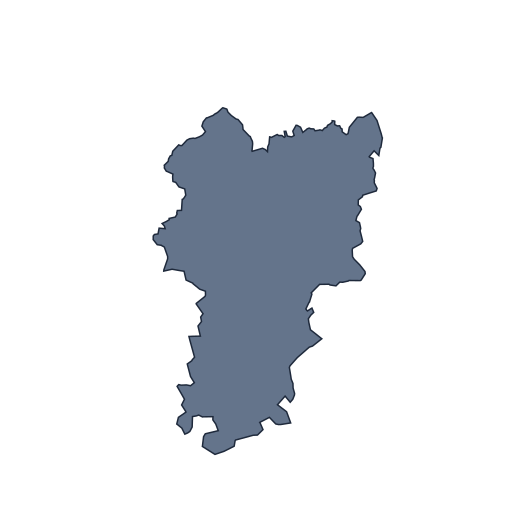 Zangon Kataf, Kaduna, Nigeria (Mercator projection), rotated 218°
{"feature_id": "59680162B76884691739548", "entity_name": "Zangon Kataf", "entity_type": "district", "adm_level": 2, "iso_a3": "NGA", "parent_name": "Nigeria", "parent_adm1": "Kaduna", "projection": "mercator", "projection_center": [8.252, 9.897], "detail": "fine", "context": "isolated", "style": "filled", "palette": "slate", "viewbox_px": 512, "rotation_deg": 218, "n_neighbors": 0, "source": "geoboundaries", "source_scale": "gbopen_adm2", "svg_char_len": 4378}
<svg xmlns="http://www.w3.org/2000/svg" viewBox="0 0 512 512"><g transform="rotate(218 256 256)"><path d="M292.5,389.7L293.1,389.2L294.0,387.6L294.2,386.2L294.3,385.8L295.2,382.2L300.2,384.9L303.9,384.3L304.9,383.7L303.9,377.2L303.7,376.9L300.1,374.5L300.9,372.5L301.4,371.7L305.1,369.8L309.3,372.7L310.5,371.6L306.5,368.0L306.8,366.9L309.8,366.9L312.3,364.9L314.1,364.8L316.9,358.9L318.3,358.5L318.6,358.3L314.8,352.4L313.9,349.1L311.2,345.3L314.3,345.6L317.2,344.9L323.5,336.1L324.1,336.5L324.2,336.8L324.4,337.2L327.4,341.9L328.1,342.8L329.5,344.2L332.6,345.7L334.0,346.6L335.2,346.4L344.1,347.7L345.0,348.7L347.4,351.1L354.2,352.5L356.0,351.7L361.9,351.5L366.6,352.1L367.4,352.5L368.5,353.3L369.1,353.6L369.5,353.8L370.1,353.6L373.4,352.4L373.7,351.4L374.5,346.1L375.2,343.7L375.6,343.4L376.1,341.7L376.2,340.7L379.6,334.7L380.1,334.3L380.2,329.3L378.6,325.0L372.4,322.9L372.6,318.4L373.9,315.3L376.4,311.1L377.9,310.3L380.5,307.6L381.8,304.8L382.4,297.4L383.7,296.4L385.3,296.0L386.1,287.5L386.1,287.3L384.3,283.5L385.2,282.1L384.7,278.8L383.4,276.4L383.5,276.2L384.0,272.3L384.2,271.0L383.5,270.5L382.4,268.9L378.9,267.6L377.7,268.0L371.9,269.4L370.4,267.0L367.5,263.7L367.4,263.7L367.2,263.6L364.6,264.6L359.2,263.0L353.5,265.0L348.8,260.7L348.5,258.1L348.5,256.8L348.5,256.3L348.6,255.8L349.0,255.2L342.8,246.1L346.0,243.4L344.9,241.0L344.0,240.6L343.6,237.0L347.6,232.1L346.7,231.3L347.9,228.0L350.0,223.8L346.6,223.2L344.4,221.6L349.5,218.3L346.8,213.1L349.3,210.4L349.3,208.5L347.2,205.8L347.1,205.6L346.5,205.5L340.8,204.1L337.1,206.2L336.8,206.1L334.0,206.6L333.4,206.4L325.3,201.2L323.9,199.4L323.6,198.6L320.1,188.4L319.4,187.3L314.0,193.9L307.6,197.3L303.3,199.7L296.3,194.0L289.1,195.7L288.6,195.4L279.9,195.2L274.2,197.1L271.7,194.1L271.3,192.8L273.9,181.8L273.6,181.4L262.2,177.9L262.0,173.8L258.6,170.8L258.6,165.1L250.5,158.6L256.5,153.7L259.3,151.3L256.5,149.1L253.0,146.5L242.1,138.4L242.2,136.8L242.4,135.1L242.1,134.0L243.7,128.6L233.4,120.7L226.6,118.2L227.7,113.5L231.4,111.6L234.1,109.3L235.5,108.1L237.7,107.1L237.8,106.1L237.9,104.7L229.5,101.3L224.2,99.1L222.9,92.8L215.6,90.2L215.1,89.8L217.8,81.1L216.2,77.5L215.0,74.8L213.5,74.8L208.5,74.7L202.4,71.8L200.9,74.5L200.1,77.0L201.0,81.9L207.2,90.4L204.7,93.1L203.2,95.4L199.1,96.2L198.8,96.6L191.0,102.9L189.1,100.3L184.2,98.8L178.2,95.1L186.5,84.7L186.1,81.4L181.1,73.1L181.0,72.9L166.2,74.4L160.9,82.5L156.1,92.7L158.8,97.7L158.8,98.4L147.8,113.1L144.6,115.8L143.6,123.5L150.0,127.0L150.6,127.2L146.1,137.1L137.0,135.8L134.4,137.1L132.8,138.4L125.9,145.8L136.0,152.1L147.5,152.0L147.0,160.6L146.8,163.5L142.6,162.6L139.0,161.8L138.8,165.7L140.1,170.1L140.9,171.4L145.5,174.8L148.4,178.3L152.4,180.6L154.9,183.0L161.1,188.7L161.6,190.3L160.9,201.4L157.9,217.0L156.0,219.8L153.2,231.3L167.7,231.4L173.5,236.2L176.1,238.8L176.4,243.1L175.8,247.1L179.9,249.4L181.6,244.4L182.4,244.4L184.1,245.0L185.7,252.2L185.5,252.6L188.5,260.4L189.8,260.9L188.4,272.8L181.1,278.7L179.9,278.7L174.6,281.7L173.9,287.0L171.5,288.7L167.8,293.2L167.7,293.9L158.7,300.8L158.3,301.7L159.0,309.3L160.6,310.9L168.1,312.7L168.3,312.8L176.6,313.9L179.3,314.8L179.5,314.9L183.9,320.0L184.6,321.5L180.9,330.1L180.9,333.2L185.3,336.7L189.5,339.9L190.4,342.1L191.8,343.4L192.2,343.7L195.0,346.0L199.1,345.4L200.9,349.5L200.8,350.2L201.7,357.7L204.2,359.2L206.9,359.2L209.9,363.2L208.6,368.2L209.3,369.6L206.0,374.5L201.3,381.3L202.2,383.8L204.7,385.0L206.8,386.0L207.7,386.4L208.3,387.0L209.0,388.2L209.9,388.8L210.7,390.7L212.9,395.0L216.0,396.5L217.6,396.9L218.2,397.6L218.6,398.9L220.6,401.4L223.8,404.8L227.4,403.7L228.0,404.0L227.7,411.6L221.1,410.8L224.7,417.3L224.5,418.5L229.1,426.9L229.5,427.0L230.0,427.4L232.7,429.5L236.8,432.3L244.1,437.3L253.1,440.2L253.3,440.2L256.7,431.7L256.9,431.2L260.2,428.9L261.5,427.7L261.7,414.9L258.8,409.1L259.4,407.7L259.7,407.1L264.5,406.9L266.4,409.1L268.0,408.9L270.2,410.1L270.3,410.1L271.9,408.6L274.9,408.0L276.9,410.7L277.9,410.4L278.6,409.8L279.3,409.5L279.2,409.3L279.1,409.2L278.9,409.1L278.6,408.9L278.5,408.6L278.6,407.5L278.7,406.9L278.8,406.6L278.8,406.3L278.9,405.8L279.1,405.3L279.2,405.1L279.5,404.3L279.6,404.2L279.7,403.8L279.8,403.6L280.0,403.3L280.0,402.8L279.6,401.4L279.5,401.1L280.4,399.7L280.8,398.7L281.0,395.6L282.1,395.3L283.4,394.7L283.6,394.2L286.6,391.0L288.7,391.7L291.3,389.9L292.5,389.7Z" fill="#64748b" stroke="#1e293b" stroke-width="1.5"/></g></svg>